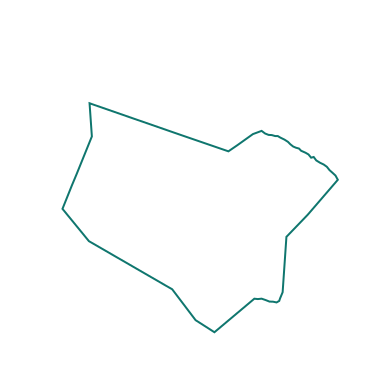 Soledade, Paraíba, Brazil, rotated 307°
{"feature_id": "56859067B64249841036450", "entity_name": "Soledade", "entity_type": "district", "adm_level": 2, "iso_a3": "BRA", "parent_name": "Brazil", "parent_adm1": "Paraíba", "projection": "equal_earth", "projection_center": [-36.314, -7.087], "detail": "fine", "context": "isolated", "style": "outline", "palette": "teal", "viewbox_px": 384, "rotation_deg": 307, "n_neighbors": 0, "source": "geoboundaries", "source_scale": "gbopen_adm2", "svg_char_len": 828}
<svg xmlns="http://www.w3.org/2000/svg" viewBox="0 0 384 384"><g transform="rotate(307 192 192)"><path d="M289.5,301.1L291.5,296.7L291.9,292.7L292.2,288.8L293.3,284.5L293.2,280.6L292.4,276.6L292.0,272.2L293.2,268.1L291.1,266.5L292.1,262.4L291.7,259.1L290.6,254.3L291.1,251.3L289.9,248.3L289.2,245.4L289.3,241.8L289.8,238.5L289.5,234.4L288.6,229.7L288.3,226.9L286.7,224.7L285.5,221.5L283.7,218.8L282.7,215.2L282.7,210.8L274.9,205.8L256.8,200.1L246.4,196.6L231.1,149.6L215.3,100.6L201.2,56.8L176.1,78.6L136.8,89.1L125.0,92.1L100.6,98.7L91.4,136.4L90.7,139.3L94.5,170.3L101.5,227.7L102.4,234.7L91.8,272.0L93.5,294.3L144.3,306.0L146.1,309.0L148.7,311.8L150.0,315.8L151.1,319.8L153.2,322.8L154.7,326.0L157.5,327.2L159.9,326.4L166.5,324.7L213.0,294.4L243.5,298.1L289.5,301.1Z" fill="none" stroke="#0f766e" stroke-width="2"/></g></svg>